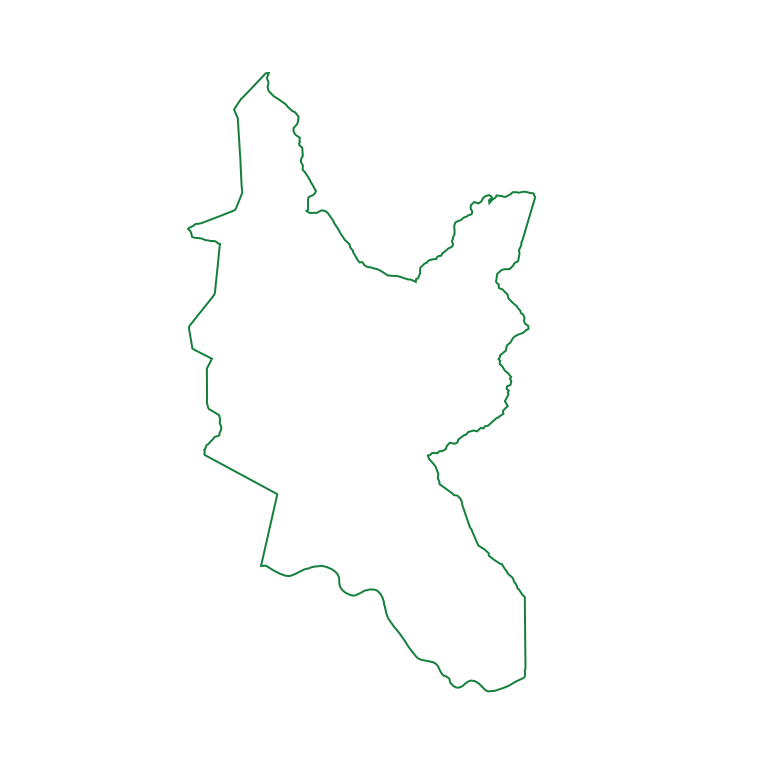 Caxias, Maranhão, Brazil (Natural Earth projection), rotated 117°
{"feature_id": "56859067B41786417257262", "entity_name": "Caxias", "entity_type": "district", "adm_level": 2, "iso_a3": "BRA", "parent_name": "Brazil", "parent_adm1": "Maranhão", "projection": "natural_earth1", "projection_center": [-43.396, -4.846], "detail": "fine", "context": "isolated", "style": "outline", "palette": "green", "viewbox_px": 768, "rotation_deg": 117, "n_neighbors": 0, "source": "geoboundaries", "source_scale": "gbopen_adm2", "svg_char_len": 6166}
<svg xmlns="http://www.w3.org/2000/svg" viewBox="0 0 768 768"><g transform="rotate(117 384 384)"><path d="M269.2,280.3L266.7,281.9L266.2,285.5L265.4,286.7L264.0,288.0L261.4,288.7L260.4,290.0L259.1,291.0L258.6,294.2L256.8,295.9L255.7,298.8L254.3,301.4L253.5,305.1L253.0,306.7L252.0,309.8L251.1,312.1L249.4,313.5L247.8,315.2L247.3,317.7L245.9,321.2L246.4,324.9L245.4,325.9L243.1,326.9L242.9,329.1L241.9,330.7L239.1,331.5L235.8,332.8L234.4,333.1L229.7,331.2L228.3,330.3L227.0,328.7L225.9,326.7L224.7,324.3L220.1,322.7L217.0,322.6L213.7,320.3L207.4,322.1L205.3,323.1L203.5,324.5L197.8,324.7L195.8,325.8L193.0,325.9L149.0,334.1L147.8,335.8L146.3,337.4L147.6,341.0L147.9,342.9L149.1,346.7L152.4,350.8L153.0,353.2L154.7,356.4L157.4,357.3L161.9,360.5L162.8,362.3L163.1,364.4L164.9,369.3L167.1,369.2L171.3,371.4L175.0,372.2L172.5,373.8L171.0,373.1L169.4,372.1L168.1,373.4L168.2,376.5L170.7,379.0L173.1,380.1L177.4,380.2L180.3,381.9L180.9,386.2L185.0,387.7L187.0,387.2L188.8,385.9L190.3,383.6L192.7,383.0L193.9,383.8L195.4,385.5L197.1,386.2L199.6,388.6L202.9,389.8L205.4,392.2L207.7,393.7L211.4,393.2L215.1,390.9L218.6,389.1L221.9,389.1L223.6,388.4L225.9,388.4L228.2,385.8L229.6,385.6L231.6,386.2L234.0,388.2L238.6,390.0L241.1,391.4L243.6,391.2L245.4,393.6L247.2,394.4L249.0,394.2L250.8,397.3L252.9,399.6L254.3,400.6L256.0,400.7L258.5,402.6L261.1,403.4L263.7,404.4L266.5,403.5L268.5,402.2L274.4,401.6L275.6,402.9L277.0,402.7L278.6,402.0L278.6,404.5L278.9,407.9L280.0,410.2L280.4,413.2L280.9,415.3L280.8,417.0L281.4,419.2L281.8,421.6L282.7,423.2L284.2,426.3L284.6,428.0L285.6,429.8L284.8,436.7L284.6,438.5L284.8,442.9L285.5,445.0L286.3,449.5L287.3,451.6L287.0,455.9L285.9,457.2L285.3,458.7L286.8,461.0L285.9,463.0L284.0,466.1L281.9,469.2L280.6,471.4L279.2,472.2L278.6,474.2L277.4,476.4L275.1,478.1L273.5,484.1L269.3,491.5L266.3,495.9L263.6,500.9L262.2,502.6L260.8,504.8L256.9,512.3L256.6,515.2L257.2,517.4L257.9,518.7L262.3,521.9L263.2,524.0L265.1,527.3L265.2,528.9L265.0,531.6L263.0,530.8L254.7,535.2L251.8,536.0L249.4,534.3L248.5,533.3L246.4,532.4L245.0,532.1L243.1,532.2L238.8,538.4L237.8,540.2L236.0,542.5L233.4,546.6L231.0,550.9L230.1,553.7L226.2,555.5L224.3,558.3L222.7,559.6L219.3,560.2L217.8,559.8L210.6,564.1L209.8,567.4L208.5,568.9L206.8,568.7L205.2,570.0L202.9,570.7L202.2,575.4L201.5,577.3L199.7,579.5L197.0,580.8L194.7,580.1L191.5,579.3L187.9,580.2L184.6,581.5L182.3,586.5L182.3,590.2L180.6,596.0L179.5,598.0L178.1,607.4L177.7,612.8L175.3,619.8L172.2,622.6L169.4,623.2L167.1,624.3L164.9,627.0L162.8,627.5L160.9,627.5L159.2,627.8L160.9,630.5L165.6,631.8L191.4,639.5L193.2,640.0L194.9,640.8L200.7,641.5L207.5,642.2L210.9,638.2L213.5,635.0L244.8,616.5L247.0,615.1L258.0,608.9L272.3,600.7L277.7,597.1L295.1,595.6L296.7,595.9L298.4,597.1L309.3,606.8L322.7,618.9L324.2,620.4L325.6,622.2L326.3,623.7L327.4,624.7L330.1,626.0L333.4,628.6L334.8,628.9L335.5,626.3L337.2,624.1L340.0,621.9L339.7,619.2L338.1,615.3L337.3,613.2L337.1,611.5L336.9,608.6L336.0,606.2L335.4,603.6L334.3,601.5L333.5,599.4L333.5,597.4L334.1,596.0L333.6,593.6L335.0,593.3L339.6,591.5L345.4,589.3L346.9,588.6L351.4,587.0L352.9,586.2L354.8,585.6L363.1,582.4L365.0,581.7L366.6,581.0L371.2,579.3L372.6,578.7L374.3,578.1L378.3,576.5L379.7,576.0L381.8,575.8L385.5,576.5L387.4,576.9L391.9,577.8L398.9,579.3L401.1,579.6L403.0,580.1L408.0,581.2L410.1,581.5L412.6,582.1L414.7,582.4L418.6,583.3L420.2,583.6L421.9,583.6L423.6,582.6L434.0,574.8L436.0,573.3L439.4,570.8L439.6,567.3L439.6,548.8L450.8,548.8L453.6,547.3L478.4,534.5L481.0,533.4L485.0,529.8L485.9,528.4L485.9,526.4L486.6,516.7L488.3,515.4L489.9,513.9L492.1,513.2L493.5,512.5L495.0,510.7L497.0,508.9L499.1,508.4L502.3,508.3L504.2,507.5L505.9,508.4L507.0,509.8L508.5,511.0L510.9,511.3L513.7,512.3L516.9,513.1L519.0,514.3L521.6,514.1L523.0,513.8L524.5,514.3L525.7,512.9L527.7,512.4L528.7,511.3L528.7,509.0L530.5,433.2L530.7,429.0L548.0,424.6L601.9,411.0L599.5,406.6L599.7,404.4L600.3,396.7L600.3,390.6L599.6,385.1L599.1,383.5L598.5,382.0L597.6,380.4L593.5,376.8L585.6,371.0L583.7,369.0L582.7,367.5L580.5,365.7L578.6,363.5L574.2,356.7L573.2,352.5L572.9,349.8L572.7,346.8L573.0,344.2L573.5,341.7L574.1,339.9L575.3,337.9L577.2,336.0L579.1,334.8L582.0,333.3L584.8,330.9L586.4,327.8L587.0,325.7L587.5,323.0L587.2,317.8L586.3,314.8L585.0,313.2L581.1,310.2L576.9,307.4L573.3,303.0L571.8,300.0L571.2,296.9L571.6,294.8L572.6,292.0L574.5,288.9L578.5,284.9L579.9,284.2L581.7,282.4L587.8,277.4L591.1,273.6L595.3,265.7L599.3,256.6L604.5,247.0L605.8,245.0L607.4,242.1L609.3,238.3L612.3,231.5L613.0,229.2L612.8,225.1L611.7,221.8L609.6,214.0L609.7,210.8L610.7,208.2L614.8,202.8L616.3,200.2L616.7,198.1L616.3,196.0L616.8,192.2L617.8,191.2L620.1,189.3L621.5,185.3L621.7,182.1L621.0,180.2L620.0,178.9L617.9,177.1L613.2,175.2L610.7,173.8L608.7,171.8L607.5,168.3L607.6,165.0L608.1,162.5L610.8,154.4L610.6,151.6L606.9,145.8L600.7,139.7L595.8,135.5L589.9,131.9L582.7,126.3L581.3,125.8L579.7,125.9L575.3,128.5L573.0,128.9L509.8,161.9L509.0,165.0L507.0,168.5L506.0,170.0L505.5,172.1L502.6,175.2L501.7,177.3L500.9,178.7L499.3,180.0L498.2,181.8L497.2,186.0L496.3,188.3L494.7,190.6L493.9,192.4L491.0,197.2L491.5,198.9L490.7,205.9L489.4,212.7L487.2,213.9L485.8,219.4L485.1,226.5L482.0,230.5L473.6,240.4L472.8,242.2L456.3,259.3L453.8,261.1L451.6,263.6L450.1,267.8L451.2,271.2L450.3,273.9L450.0,276.7L449.6,279.0L448.0,289.2L445.9,290.3L443.6,293.3L439.5,294.7L437.5,297.0L434.2,300.5L432.3,304.6L430.2,310.0L427.8,312.4L426.1,310.6L423.7,309.8L422.5,308.0L421.5,305.0L419.1,304.4L417.3,301.6L413.9,299.4L410.5,299.9L406.5,298.7L405.2,294.0L402.9,292.0L399.5,292.5L393.8,289.7L391.8,287.9L388.5,287.1L384.9,283.3L383.9,279.5L379.1,277.9L378.5,275.2L375.8,274.8L374.0,272.4L362.7,268.0L361.9,266.7L360.4,266.4L356.3,264.1L354.1,265.8L350.2,264.7L347.5,263.7L344.4,268.5L336.7,268.3L335.5,269.8L333.2,269.8L332.7,272.5L330.3,273.3L327.3,270.9L323.6,271.9L322.1,274.2L320.1,273.8L319.1,276.1L318.1,278.1L317.3,282.3L314.5,286.8L313.7,289.8L312.3,290.6L310.5,291.0L309.9,293.2L307.4,292.9L305.9,293.7L301.1,291.6L299.2,290.6L294.7,291.8L293.0,291.8L290.1,290.3L284.1,289.8L281.8,288.8L278.6,286.5L275.6,283.5L271.9,281.9L269.2,280.3Z" fill="none" stroke="#15803d" stroke-width="2"/></g></svg>